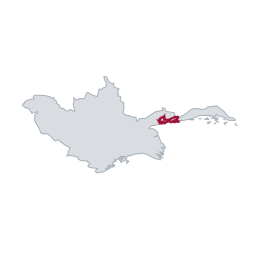 location of Mawlamyine, Mon, Myanmar, rotated 277°
{"feature_id": "60261553B68016490563167", "entity_name": "Mawlamyine", "entity_type": "district", "adm_level": 2, "iso_a3": "MMR", "parent_name": "Myanmar", "parent_adm1": "Mon", "projection": "orthographic", "projection_center": [97.813, 15.742], "detail": "fine", "context": "in_parent", "style": "outline", "palette": "rose", "viewbox_px": 256, "rotation_deg": 277, "n_neighbors": 0, "source": "geoboundaries", "source_scale": "gbopen_adm2", "svg_char_len": 7728}
<svg xmlns="http://www.w3.org/2000/svg" viewBox="0 0 256 256"><g transform="rotate(277 128 128)"><path d="M165.6,114.3L163.0,113.1L161.2,114.3L158.4,113.9L158.7,116.3L157.1,117.2L154.2,116.9L152.5,120.7L146.5,121.7L142.6,121.0L140.5,124.4L140.3,128.2L139.3,130.5L139.7,134.5L137.2,135.5L135.6,135.3L136.4,137.1L138.4,138.0L139.6,142.1L139.3,143.7L147.4,153.2L149.9,160.7L151.8,159.7L152.4,160.4L151.6,162.4L149.1,163.9L148.8,171.9L144.7,173.8L144.8,176.4L145.3,178.3L149.0,183.6L153.1,187.2L155.4,191.0L155.8,196.6L155.3,199.0L156.4,202.3L158.5,204.6L160.9,213.4L156.1,221.3L151.2,226.5L150.6,231.9L149.0,233.7L148.3,232.0L147.9,226.3L150.3,222.7L151.0,215.7L152.5,214.2L151.7,213.5L149.8,214.0L150.5,208.3L149.4,208.1L150.3,206.9L149.1,197.5L145.3,190.9L144.8,188.0L144.2,191.9L143.8,191.1L143.7,185.9L141.5,180.2L141.7,179.7L142.8,180.2L141.8,178.9L141.1,179.2L140.4,177.8L139.3,166.0L137.9,164.3L138.4,159.2L139.5,157.9L135.6,158.5L133.8,154.2L133.6,151.8L129.8,148.3L130.4,149.4L129.8,150.6L130.4,152.6L128.8,156.3L127.2,158.0L125.1,158.6L123.4,157.6L123.0,155.6L122.4,155.6L123.9,159.3L117.6,162.5L116.6,164.7L113.3,167.6L112.4,167.2L112.9,163.3L111.0,166.4L108.4,166.4L107.9,162.2L106.8,164.6L105.3,165.4L105.8,158.3L105.4,160.4L102.8,163.2L100.4,164.0L101.0,158.2L104.4,149.1L104.8,146.1L103.1,138.7L100.4,132.5L101.2,132.4L99.3,130.6L99.2,126.0L98.0,127.6L97.8,130.5L95.4,129.0L93.1,125.0L94.1,124.6L96.7,126.5L98.3,125.5L98.7,124.2L94.6,120.3L95.6,118.7L94.3,118.7L90.7,116.8L89.7,117.1L90.1,118.8L89.3,119.2L88.0,116.7L89.1,115.5L88.2,115.4L88.8,113.2L88.5,112.8L86.7,115.7L85.8,115.0L86.9,113.6L86.5,112.7L85.0,110.9L85.1,114.0L81.5,109.1L79.6,102.4L81.3,100.7L84.1,102.7L84.1,94.6L85.4,92.8L88.3,94.4L89.2,92.3L90.4,91.8L89.8,86.1L90.8,82.6L92.8,82.0L93.3,79.1L93.7,75.1L92.9,70.7L94.6,71.8L96.7,71.5L101.3,73.0L103.2,67.9L107.8,59.7L106.2,57.7L106.5,56.6L110.4,52.3L112.5,48.4L111.7,44.9L112.6,42.0L116.1,40.3L123.7,34.6L129.3,33.8L131.6,36.1L133.1,36.3L130.8,30.9L135.5,26.9L135.4,23.8L137.6,20.5L138.9,20.6L140.0,22.2L141.2,22.2L143.4,24.6L145.4,31.4L147.0,30.1L149.1,31.1L150.1,41.0L149.5,46.8L148.3,48.2L149.3,50.6L147.3,51.4L145.9,53.8L143.9,53.9L142.5,57.1L140.5,57.6L139.4,60.1L139.6,62.0L138.0,63.1L137.5,66.3L138.9,67.6L139.3,69.3L137.8,73.0L139.1,73.1L144.7,70.7L148.6,71.1L151.3,70.5L149.6,73.0L151.3,76.3L151.7,81.2L157.6,82.6L158.6,83.9L157.3,85.4L155.3,93.5L163.1,94.6L163.4,97.7L165.1,98.8L165.3,100.5L166.4,101.1L170.6,100.9L173.0,98.8L176.2,97.8L176.4,99.5L175.7,100.9L172.3,102.7L170.0,106.5L169.8,107.3L170.9,108.0L166.9,109.5L165.6,114.3ZM95.6,122.8L98.1,124.4L97.6,125.5L96.0,125.5L94.8,123.5L95.6,122.8ZM146.1,203.1L147.8,205.5L146.1,207.1L146.1,203.1ZM95.1,132.9L93.8,132.0L92.9,130.8L95.8,130.9L95.1,132.9ZM148.5,213.2L148.6,216.3L147.5,216.0L146.8,213.4L148.5,213.2ZM104.2,164.0L102.5,166.0L102.2,164.3L104.6,161.9L104.2,164.0ZM137.8,161.6L136.7,161.0L136.6,159.2L137.4,158.7L138.1,159.6L137.8,161.6ZM145.1,217.0L144.9,216.0L146.0,213.5L145.8,215.7L145.1,217.0ZM144.5,222.8L145.9,225.1L145.7,225.6L144.3,223.7L143.5,223.9L144.5,222.8ZM149.5,211.5L148.0,212.1L147.9,210.0L149.5,211.5ZM145.9,233.5L143.9,235.5L144.2,234.4L145.9,233.5ZM87.5,117.0L88.2,119.5L87.1,116.5L87.5,117.0ZM146.1,198.2L146.1,200.1L145.6,197.0L146.1,198.2ZM93.3,118.9L93.5,120.5L92.4,118.2L93.3,118.9ZM144.1,209.2L143.0,208.3L143.4,207.6L144.0,207.7L144.1,209.2ZM143.3,206.5L142.6,207.7L141.9,207.0L142.4,206.4L143.3,206.5ZM143.5,214.1L143.5,215.2L142.7,212.6L143.5,214.1ZM106.8,166.4L106.0,166.4L107.1,165.1L107.2,165.6L106.8,166.4ZM148.7,223.0L148.0,222.8L148.6,221.5L148.7,223.0Z" fill="#d9dde1" stroke="#a8b0b8" stroke-width="1"/><path d="M140.8,158.2L140.5,158.6L140.3,158.6L139.9,158.4L139.7,158.2L139.0,158.1L138.8,158.2L138.7,158.5L138.4,158.8L138.3,158.7L138.3,158.8L138.3,159.3L138.2,159.5L138.4,160.0L138.2,160.3L138.5,160.9L138.5,161.3L138.5,162.0L138.2,163.0L137.8,163.4L138.0,163.4L138.0,163.5L137.6,163.6L137.8,164.2L137.7,164.3L137.8,164.4L137.9,164.6L138.0,164.7L137.9,164.7L138.1,164.9L138.1,165.1L138.5,165.3L138.7,165.5L138.8,165.5L139.1,165.9L139.2,166.1L139.3,166.0L139.2,166.2L139.4,166.2L139.3,166.3L139.4,167.1L139.3,167.3L139.2,167.2L139.2,167.4L139.3,167.8L139.4,168.4L139.5,168.6L139.5,169.0L139.7,169.5L139.8,169.9L139.9,170.0L140.0,169.9L139.8,170.0L139.7,170.1L139.7,170.3L139.6,170.5L139.8,170.7L140.0,171.1L140.0,171.4L140.1,171.5L139.9,171.5L139.9,171.8L139.6,171.5L139.6,172.1L139.4,172.0L139.4,172.3L139.5,172.5L139.5,173.0L139.5,173.3L139.8,173.7L139.9,173.9L140.0,173.9L140.2,173.6L140.3,173.6L140.3,173.8L140.3,173.7L140.5,173.7L140.6,173.8L140.7,174.0L140.4,173.9L140.5,173.8L140.4,173.8L140.1,174.1L140.3,174.4L140.4,174.6L140.4,174.9L140.3,175.0L140.2,175.0L140.3,175.3L140.2,175.4L140.3,175.8L140.2,175.9L140.1,176.0L140.2,176.3L140.3,176.2L140.2,176.2L140.4,176.1L140.5,176.0L140.4,176.1L140.3,176.3L140.4,176.6L140.4,176.9L140.2,177.2L140.3,177.5L140.2,177.5L140.4,177.4L140.4,177.5L140.6,177.5L140.6,177.4L140.6,177.2L140.9,177.0L141.1,176.9L141.1,176.7L141.1,176.4L141.1,176.2L141.1,175.9L141.2,175.4L141.2,175.2L141.5,175.3L141.8,175.5L141.9,175.4L142.0,175.5L141.9,175.3L142.1,175.2L142.3,175.1L142.6,175.1L142.7,174.9L142.8,175.1L143.0,175.2L143.0,175.6L143.3,175.7L143.2,175.8L143.3,175.8L143.4,176.1L143.6,176.2L143.8,176.3L143.9,176.2L144.1,176.3L144.3,176.3L144.6,176.5L144.7,176.4L144.9,176.4L144.9,175.9L145.0,175.8L145.2,175.7L144.9,175.3L144.7,175.3L144.7,175.1L144.6,174.9L144.7,174.6L144.7,174.4L144.8,174.3L144.8,174.2L144.9,173.9L144.8,173.7L144.7,173.5L144.8,173.4L144.8,173.1L144.6,172.7L144.3,172.3L144.1,172.3L144.0,172.1L143.9,171.9L143.8,171.6L143.7,171.5L143.5,171.3L143.3,171.1L143.3,170.9L143.2,170.8L143.2,170.6L143.1,170.4L143.0,170.2L142.6,169.9L142.6,169.7L142.3,169.3L142.2,169.3L142.0,169.1L141.9,168.7L141.7,168.8L141.6,168.6L141.5,168.4L141.4,168.4L141.2,168.4L141.1,168.2L141.1,167.9L141.1,167.7L141.1,167.3L141.1,167.1L140.9,166.9L141.0,166.9L141.0,166.6L140.9,166.5L140.9,166.3L140.7,166.1L140.8,166.0L140.6,165.6L140.9,165.4L140.7,165.1L140.7,164.8L140.8,164.6L140.8,164.4L141.0,164.3L141.0,164.1L140.8,163.9L140.8,163.7L140.7,163.6L140.6,163.4L140.4,163.1L140.7,162.9L140.8,163.0L141.1,162.9L141.3,163.0L141.4,162.9L141.5,163.0L141.8,162.9L142.0,162.7L142.2,162.8L142.4,162.8L142.9,162.8L143.0,163.1L143.3,163.1L143.9,162.7L144.0,162.5L143.9,162.3L144.0,162.3L143.7,162.1L143.4,161.7L143.4,161.4L143.3,161.2L143.2,161.2L143.0,160.9L142.6,160.7L142.4,160.1L142.3,159.8L142.3,159.7L142.1,159.7L141.6,159.6L141.4,159.2L140.9,159.0L141.0,158.8L140.9,158.8L140.8,158.7L140.9,158.4L140.9,158.2L140.8,158.2ZM137.1,158.7L136.8,158.7L136.5,158.9L136.4,158.9L136.3,159.0L136.2,159.2L136.3,159.4L136.4,159.5L136.5,159.5L136.5,159.8L136.6,160.0L136.7,160.4L136.6,160.7L136.5,160.8L136.5,161.0L136.8,161.2L136.7,161.3L136.8,161.4L136.8,161.5L137.0,161.7L136.9,161.7L137.0,161.9L137.0,162.0L137.2,162.3L137.6,162.2L137.7,161.7L137.6,161.3L137.6,161.2L137.7,160.7L137.9,160.3L137.8,160.1L137.8,159.9L138.2,159.2L138.1,158.8L137.7,158.9L137.3,158.7L137.1,158.7ZM137.9,161.7L138.1,161.5L138.2,161.3L138.1,161.2L138.1,160.8L138.0,160.6L137.9,160.7L137.8,161.0L137.7,161.3L137.9,161.7ZM138.7,157.7L138.7,157.8L138.8,158.1L139.2,157.9L139.2,157.6L138.8,157.6L138.7,157.7ZM138.7,158.0L138.6,157.7L138.5,157.8L138.4,158.0L138.4,158.3L138.7,158.2L138.8,158.1L138.7,157.9L138.7,158.0ZM138.3,158.3L138.5,157.8L138.6,157.5L138.2,157.8L138.2,158.0L138.3,158.3ZM138.7,170.3L138.7,170.2L138.8,170.2L138.7,169.8L138.7,169.5L138.7,169.4L138.6,169.9L138.7,170.0L138.7,170.3ZM138.1,160.2L138.2,159.9L138.1,160.0L138.1,160.2ZM139.5,175.5L139.6,175.4L139.5,175.5ZM139.6,173.9L139.6,173.7L139.5,173.8L139.6,173.9Z" fill="none" stroke="#9f1239" stroke-width="2"/></g></svg>